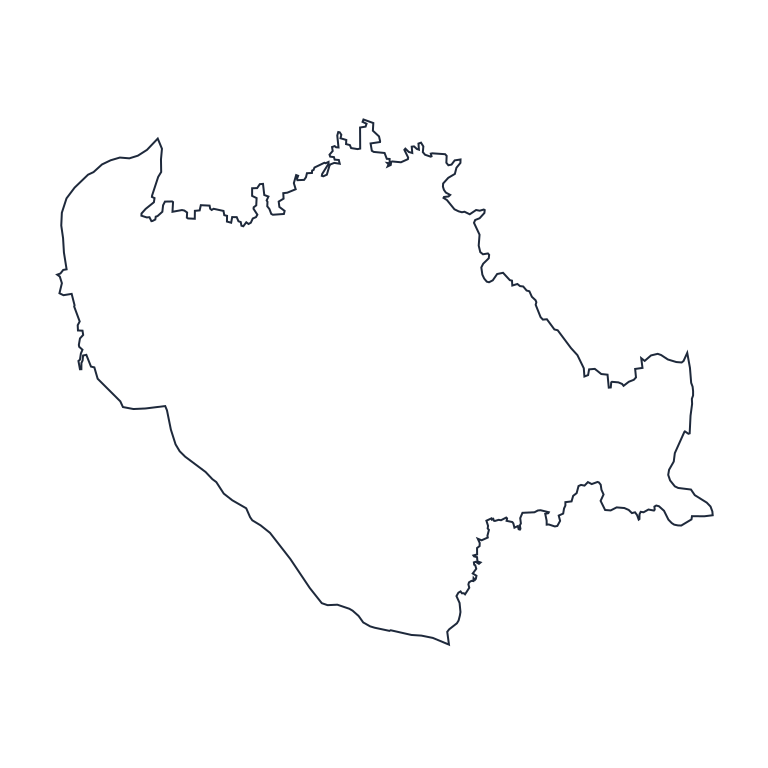 the district of Manikganj, Dhaka, Bangladesh, rotated 355°
{"feature_id": "16705992B79131283702140", "entity_name": "Manikganj", "entity_type": "district", "adm_level": 2, "iso_a3": "BGD", "parent_name": "Bangladesh", "parent_adm1": "Dhaka", "projection": "natural_earth1", "projection_center": [89.956, 23.835], "detail": "fine", "context": "isolated", "style": "outline", "palette": "slate", "viewbox_px": 768, "rotation_deg": 355, "n_neighbors": 0, "source": "geoboundaries", "source_scale": "gbopen_adm2", "svg_char_len": 6128}
<svg xmlns="http://www.w3.org/2000/svg" viewBox="0 0 768 768"><g transform="rotate(355 384 384)"><path d="M425.8,151.4L424.7,152.5L427.8,160.5L427.4,162.1L420.2,164.6L411.5,163.0L410.5,163.4L409.8,166.4L406.6,167.6L407.7,165.6L406.5,164.1L408.9,164.6L409.2,160.3L406.4,159.9L404.7,153.9L394.0,151.9L392.2,150.6L391.6,143.2L401.1,142.6L401.3,141.8L400.6,136.9L395.0,130.7L396.1,123.1L386.6,118.7L385.5,121.0L389.3,123.2L388.1,126.0L382.5,126.4L380.8,147.4L378.2,147.7L371.8,146.1L370.8,143.0L367.1,141.7L367.7,137.6L362.1,135.4L363.2,132.0L361.8,129.4L360.4,129.0L359.1,132.4L359.3,144.4L356.9,144.0L355.6,142.7L352.9,143.4L353.2,147.4L349.7,150.8L350.2,152.8L353.9,153.6L354.4,156.2L358.5,156.9L359.1,160.7L353.7,159.4L350.0,160.5L348.8,161.5L345.3,170.5L341.6,171.8L340.2,171.2L340.7,169.4L348.0,159.7L348.1,157.9L345.1,159.0L343.9,158.4L333.6,162.3L332.5,164.6L331.0,165.1L330.6,167.5L325.6,167.3L324.3,171.2L322.2,173.7L315.5,173.4L315.2,172.1L316.6,169.1L314.7,168.2L311.7,176.0L313.0,182.3L304.3,185.0L300.3,185.1L300.1,190.6L295.0,193.1L295.2,198.5L300.1,202.9L299.1,205.9L288.0,205.7L286.5,204.7L285.1,199.7L283.2,196.8L283.8,192.3L283.1,190.9L285.2,187.2L281.2,185.3L280.9,174.1L277.7,174.1L274.7,177.8L269.7,177.5L269.0,185.1L273.3,187.7L272.3,194.9L269.6,196.6L269.3,198.1L272.6,204.3L271.0,206.6L267.7,207.7L265.4,211.7L263.0,212.8L260.9,210.9L257.6,214.6L255.8,213.9L255.4,210.2L253.2,209.2L251.8,204.9L247.3,204.5L245.8,210.0L241.7,208.5L242.3,202.8L239.6,201.9L239.2,197.6L229.5,194.6L227.5,195.6L226.1,194.2L225.8,191.1L217.1,189.9L215.5,195.0L210.7,195.0L209.9,202.9L203.2,202.0L202.1,201.1L202.8,196.0L200.2,193.8L197.9,193.1L188.3,194.0L189.7,184.4L188.9,183.7L181.7,183.2L179.5,186.7L178.2,193.1L173.0,197.0L171.2,197.4L170.5,200.2L167.6,201.4L166.5,201.5L164.9,197.4L162.2,197.4L157.0,195.2L157.3,193.0L161.8,188.8L170.6,182.9L171.6,178.8L169.1,177.4L169.4,176.0L177.1,158.0L180.5,153.4L181.4,140.8L183.3,130.3L180.0,119.8L168.3,130.1L158.7,135.1L150.0,137.0L140.6,135.4L131.2,137.3L122.2,140.7L113.1,147.6L107.4,149.7L92.9,161.4L83.9,171.4L78.0,185.3L76.3,198.0L77.0,210.8L76.6,225.1L77.8,242.1L74.4,242.4L71.3,245.7L68.0,246.6L70.4,248.7L71.9,255.5L68.6,265.3L72.4,267.6L80.7,267.0L82.6,278.6L82.1,279.8L86.3,295.2L84.0,298.7L83.8,304.0L88.3,304.6L88.6,308.9L85.1,312.1L83.4,318.5L83.6,320.4L86.6,323.6L84.7,327.2L83.2,333.3L81.6,334.4L82.4,342.8L83.8,342.9L84.4,336.7L85.8,334.3L86.7,329.4L90.0,329.0L93.6,341.1L96.9,342.2L99.2,353.8L119.8,378.3L121.9,384.2L132.2,387.1L144.3,387.6L164.1,386.9L165.5,391.3L167.7,410.8L171.1,426.0L174.6,433.2L179.6,439.1L198.6,456.1L204.7,463.8L208.4,467.1L214.8,479.2L222.7,486.6L235.9,495.8L239.0,505.0L240.9,508.3L248.8,514.1L257.5,522.4L275.4,550.1L292.3,580.8L302.9,596.9L308.5,599.4L318.3,599.8L329.9,604.9L333.0,607.1L338.5,612.9L342.5,619.7L349.0,624.2L353.5,626.0L367.9,630.4L369.2,629.9L389.5,636.4L399.3,637.9L410.5,641.2L426.0,649.3L425.4,636.4L427.5,634.1L435.8,628.7L437.7,626.1L439.4,621.3L440.3,617.8L440.2,608.7L437.7,601.6L439.9,598.4L442.2,597.3L443.4,599.3L445.3,599.4L446.4,600.6L451.2,594.4L450.6,591.0L451.4,589.0L454.0,587.7L455.8,588.1L456.3,585.2L457.5,587.1L458.5,586.1L459.4,583.1L455.9,580.5L459.8,576.1L459.1,572.5L458.1,571.9L458.0,569.5L459.8,569.1L462.9,571.4L464.6,570.2L461.6,568.8L461.6,564.6L458.7,563.6L458.1,562.6L461.9,561.9L462.4,555.5L465.1,553.8L465.5,550.7L463.9,546.3L467.6,548.2L474.0,546.0L473.8,544.2L475.8,538.5L474.7,536.9L475.3,534.4L474.1,529.1L479.4,527.2L479.7,528.5L481.1,527.9L481.5,529.7L482.5,530.1L486.4,529.3L488.7,529.9L494.1,527.7L494.9,528.6L494.2,531.0L499.8,532.7L500.7,534.1L501.4,538.5L504.9,537.2L505.5,540.4L506.7,540.9L507.3,540.1L507.0,536.7L508.2,534.8L508.0,529.5L510.7,524.4L522.7,524.9L526.3,523.4L529.0,523.4L537.0,526.1L536.4,527.0L533.3,527.4L534.1,534.3L533.8,538.3L535.9,538.3L541.8,540.8L544.3,540.5L547.5,535.7L546.6,530.3L551.2,528.7L552.5,523.7L554.1,520.9L554.4,517.5L560.6,517.3L562.7,511.9L566.4,509.5L568.9,502.6L571.5,501.7L574.9,502.7L578.6,499.5L582.2,501.8L588.2,500.2L589.5,500.8L591.1,503.2L591.4,508.3L593.1,513.2L589.6,519.3L593.3,528.8L598.8,529.7L605.0,527.2L612.6,528.5L616.8,530.8L619.7,534.2L622.9,533.7L624.7,536.7L625.9,541.3L626.7,540.8L627.2,536.0L628.6,533.7L631.4,534.4L636.5,532.1L641.9,533.6L642.7,532.8L642.7,529.7L644.6,528.8L647.2,529.7L651.9,534.7L655.5,543.9L658.5,547.6L660.8,549.4L664.5,550.5L667.8,550.9L678.5,545.7L679.3,542.5L691.5,543.7L700.0,543.4L700.0,539.6L698.6,534.5L695.2,530.3L683.9,521.8L680.6,515.9L668.0,513.2L664.8,511.3L660.6,505.0L659.2,499.3L660.5,494.3L665.9,486.5L667.7,478.2L679.1,457.8L679.6,457.4L682.9,460.1L684.2,459.8L686.6,442.3L689.2,430.7L689.4,425.6L690.9,422.4L691.3,418.1L691.2,413.6L690.1,409.6L690.2,394.6L688.8,379.4L684.4,387.2L682.4,388.5L677.1,387.6L668.9,384.3L662.6,379.3L659.3,377.8L652.5,378.8L645.7,383.7L642.5,380.7L642.9,390.5L635.5,390.9L635.6,399.4L633.2,401.6L628.1,403.1L622.5,406.7L621.2,404.7L617.6,402.8L611.3,401.7L610.5,402.2L609.6,407.2L607.6,407.2L607.5,394.2L601.3,393.0L595.3,387.3L589.6,387.3L588.1,392.9L584.3,394.0L584.4,385.7L579.2,372.1L573.4,364.5L561.7,345.6L558.5,344.5L551.9,333.7L547.9,333.7L545.8,331.0L542.0,318.3L542.9,315.8L542.3,313.8L538.9,310.0L536.9,304.3L534.2,303.3L531.2,299.0L528.0,298.3L525.6,296.0L520.4,297.1L520.5,292.2L518.4,291.5L512.3,283.6L506.3,284.3L501.4,290.2L497.5,291.8L495.3,291.0L493.0,287.7L491.5,283.6L491.1,276.4L493.3,272.8L499.3,267.9L500.0,264.5L498.9,263.0L493.9,263.4L491.4,261.0L490.4,254.4L492.2,243.6L487.7,231.3L489.1,228.6L493.7,227.2L498.9,222.4L499.5,219.5L498.6,218.9L494.5,219.7L490.9,218.7L484.2,222.4L479.2,219.4L476.6,219.7L473.4,218.5L469.4,216.1L462.7,206.2L459.5,203.8L460.1,202.9L464.6,202.8L466.4,201.4L462.3,198.7L460.6,195.8L459.9,192.5L460.4,189.4L466.0,184.2L472.9,180.9L475.0,174.9L479.4,170.4L479.8,167.0L473.9,167.4L470.4,171.3L467.2,171.7L465.4,169.0L466.3,162.2L464.9,160.4L452.2,158.4L450.7,158.6L451.2,161.3L450.3,161.6L444.9,159.2L442.9,156.4L443.9,150.8L441.9,146.8L439.3,147.5L439.2,153.6L437.2,152.7L434.6,149.9L432.3,150.0L432.3,156.3L428.9,155.0L425.8,151.4Z" fill="none" stroke="#1e293b" stroke-width="2"/></g></svg>